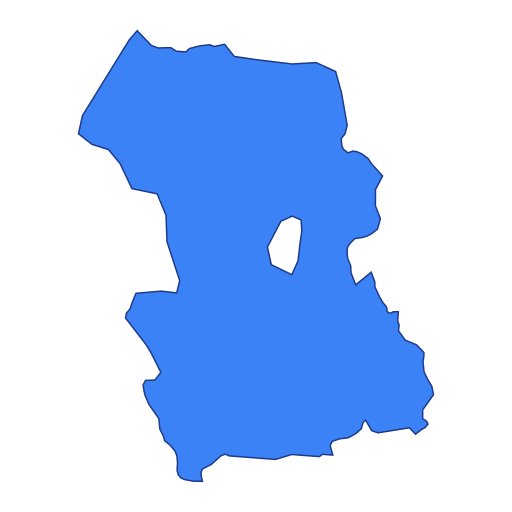 an SVG outline of Rezeknes
{"feature_id": "LVA-1066", "entity_name": "Rezeknes", "entity_type": "Municipality", "adm_level": 1, "iso_a3": "LVA", "parent_name": "Latvia", "parent_adm1": "", "projection": "mercator", "projection_center": [27.315, 56.501], "detail": "fine", "context": "isolated", "style": "filled", "palette": "blue", "viewbox_px": 512, "rotation_deg": 0, "n_neighbors": 0, "source": "natural_earth", "source_scale": "10m", "svg_char_len": 1947}
<svg xmlns="http://www.w3.org/2000/svg" viewBox="0 0 512 512"><path d="M137.2,30.7L151.4,45.5L158.1,48.0L170.7,47.6L176.3,51.2L185.9,51.9L189.5,48.5L200.1,45.8L209.8,44.8L214.2,46.5L224.6,44.3L234.2,56.4L255.7,59.6L292.1,64.0L316.1,62.6L335.6,71.5L341.5,92.8L347.2,125.3L345.0,133.9L341.2,138.5L341.9,146.0L343.5,149.3L347.9,152.8L353.1,151.1L357.1,151.8L361.7,153.8L368.0,158.4L371.8,164.1L382.6,176.0L375.5,189.5L375.4,205.8L380.4,218.7L377.5,229.1L371.7,233.7L366.9,236.1L361.9,237.6L355.0,238.5L350.0,243.4L347.4,247.5L347.1,251.6L347.5,258.0L350.7,265.8L351.0,272.7L355.7,284.8L371.2,272.2L374.8,281.9L374.9,286.9L379.4,296.6L383.1,302.9L386.2,306.5L387.1,309.2L386.7,310.9L388.7,312.8L391.0,313.1L393.0,311.8L398.3,311.7L397.7,320.9L399.1,325.0L398.5,330.9L405.3,340.2L416.6,344.9L423.9,352.5L423.8,356.6L423.0,361.6L424.0,371.7L427.3,378.8L431.8,386.2L433.5,394.7L422.7,409.8L422.7,418.9L425.5,420.3L427.3,422.2L427.9,424.2L424.9,427.7L421.5,429.5L415.5,434.2L409.5,427.8L378.0,432.8L371.8,430.7L370.6,428.8L365.6,420.1L363.0,422.6L361.3,428.8L355.8,433.6L348.2,437.8L339.9,438.8L332.5,441.2L330.1,445.5L332.8,455.1L322.5,454.3L319.3,456.6L291.8,454.5L275.5,459.4L229.3,455.9L225.2,454.2L220.9,455.8L211.5,464.3L202.7,468.9L201.6,470.7L200.9,473.7L201.1,475.3L202.4,481.3L193.3,481.2L184.5,479.5L180.7,477.8L178.4,475.0L177.1,470.5L177.5,462.8L177.0,456.2L175.0,451.0L170.0,445.1L164.7,440.8L163.1,435.4L159.8,429.0L158.9,418.7L149.0,404.5L145.0,395.2L144.0,390.8L143.1,384.9L145.6,380.4L155.0,380.0L160.8,372.3L151.5,353.6L145.9,344.4L125.6,318.1L126.4,313.2L130.2,308.7L132.0,303.0L136.0,293.3L161.1,291.1L176.7,292.9L179.7,280.6L167.0,241.7L166.0,215.2L157.2,193.9L131.9,188.6L120.2,163.8L108.5,149.6L91.9,144.3L78.5,133.8L82.4,115.7L129.3,39.8L137.2,30.7ZM291.8,274.7L298.0,261.0L300.0,243.6L301.8,231.1L301.1,219.9L292.2,216.1L280.9,221.2L267.4,247.0L271.3,264.7L291.8,274.7Z" fill="#3b82f6" stroke="#1e3a8a" stroke-width="1.5"/></svg>